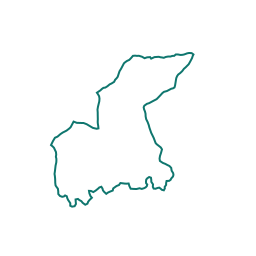 outline of São Joaquim da Barra, São Paulo, Brazil, rotated 116°
{"feature_id": "56859067B83817262349293", "entity_name": "São Joaquim da Barra", "entity_type": "district", "adm_level": 2, "iso_a3": "BRA", "parent_name": "Brazil", "parent_adm1": "São Paulo", "projection": "mercator", "projection_center": [-47.939, -20.54], "detail": "fine", "context": "isolated", "style": "outline", "palette": "teal", "viewbox_px": 256, "rotation_deg": 116, "n_neighbors": 0, "source": "geoboundaries", "source_scale": "gbopen_adm2", "svg_char_len": 3040}
<svg xmlns="http://www.w3.org/2000/svg" viewBox="0 0 256 256"><g transform="rotate(116 128 128)"><path d="M148.8,67.6L147.2,70.1L144.9,71.7L144.0,74.1L144.0,76.5L143.9,78.8L144.1,81.3L143.9,83.0L143.6,84.9L141.7,86.2L139.1,87.0L136.0,87.4L132.3,88.1L131.1,90.0L130.5,92.7L130.0,95.1L129.4,96.6L125.7,100.5L123.5,103.3L122.2,105.0L119.4,107.8L118.2,109.0L116.4,110.5L114.1,112.9L112.1,115.5L109.9,117.2L107.5,118.5L105.8,119.9L104.1,121.8L102.5,123.0L100.8,123.1L98.0,121.6L96.4,119.9L92.9,117.4L89.5,114.9L87.1,114.1L84.6,113.3L81.5,112.4L79.7,111.5L77.7,109.2L73.7,106.3L72.7,105.0L71.2,104.0L69.3,104.3L64.0,105.9L61.9,106.5L59.8,106.6L57.9,106.3L55.8,105.2L53.1,104.2L50.3,103.7L48.2,102.8L44.1,101.4L42.4,101.3L40.7,101.2L37.0,101.1L35.0,101.4L33.2,101.4L32.8,103.6L33.8,106.0L35.0,107.6L36.3,108.8L37.5,110.0L38.6,111.5L39.4,113.0L40.0,115.3L41.0,117.3L42.9,118.1L43.8,119.8L45.1,121.1L46.2,123.3L47.6,125.2L49.2,126.6L49.7,128.4L50.2,129.9L50.5,131.5L51.4,133.1L52.7,135.3L55.5,137.6L54.6,139.2L56.1,141.8L58.0,143.7L57.8,146.6L58.3,149.8L59.3,151.7L59.9,153.4L61.0,155.2L63.8,155.9L66.2,156.7L68.3,158.4L70.2,159.4L71.6,160.0L74.7,160.1L77.8,160.2L80.7,160.5L83.7,160.1L86.5,159.7L88.5,160.1L90.2,160.7L92.6,160.7L95.2,162.3L96.8,163.6L99.5,164.8L101.6,166.1L102.7,167.7L104.6,168.7L106.3,169.3L107.8,170.2L109.9,171.4L110.8,169.8L112.1,167.9L114.1,166.5L116.6,165.5L122.1,164.3L124.8,163.5L127.2,162.1L129.4,161.0L133.3,159.0L136.0,157.8L137.5,156.9L139.3,155.6L141.3,154.4L142.4,155.8L142.9,157.8L143.3,159.7L142.7,166.8L143.0,170.2L144.2,172.7L145.8,176.3L146.1,179.7L149.4,179.8L152.4,179.9L154.3,180.6L157.3,182.1L159.3,183.6L160.6,184.6L163.0,186.0L166.7,187.6L168.8,189.4L172.6,189.7L177.1,189.7L177.6,187.6L178.2,185.9L179.6,184.2L181.2,182.2L183.5,180.8L185.5,180.2L186.9,179.0L188.4,178.2L190.3,177.4L191.9,177.0L193.6,176.6L196.4,175.6L199.0,174.7L201.5,173.9L203.2,172.7L205.3,171.4L207.5,170.2L209.1,169.4L211.4,167.9L212.4,166.2L213.3,164.4L215.4,163.0L217.9,161.7L218.9,159.4L218.7,157.0L217.6,155.6L216.2,155.0L216.2,153.1L217.8,151.7L219.0,150.2L220.0,148.4L220.9,146.9L223.2,145.8L223.2,143.8L221.7,141.7L219.1,141.5L217.1,142.7L215.2,143.8L213.7,141.9L214.1,140.2L214.2,137.8L215.1,136.0L215.7,132.8L213.8,131.3L211.7,131.5L209.5,131.0L206.5,129.9L205.6,131.9L203.6,134.1L201.6,135.5L200.8,133.6L200.8,131.1L198.4,129.6L195.6,128.3L194.0,127.7L192.5,126.2L193.6,124.4L195.0,123.2L195.8,121.6L196.7,118.7L194.8,117.7L193.2,116.4L190.9,114.3L188.8,114.8L185.2,112.9L183.2,111.1L180.8,110.7L180.0,108.4L179.3,106.3L178.6,104.8L177.6,103.1L179.5,101.4L181.4,99.0L180.2,96.0L179.1,93.6L177.1,91.2L176.7,88.9L175.0,87.1L173.6,86.1L172.0,85.6L170.4,85.9L169.7,87.5L168.2,88.4L166.3,89.0L164.7,88.6L162.8,87.5L162.6,85.6L164.0,84.6L166.2,83.4L167.7,80.8L170.0,79.9L171.2,78.4L170.5,76.6L169.0,75.2L167.9,73.8L168.2,72.2L168.7,70.5L168.3,68.5L166.2,68.4L164.9,69.2L162.4,68.8L160.8,69.6L158.7,70.1L157.5,67.9L155.9,67.0L154.4,67.0L151.9,66.3L150.2,66.6L148.8,67.6Z" fill="none" stroke="#0f766e" stroke-width="2"/></g></svg>